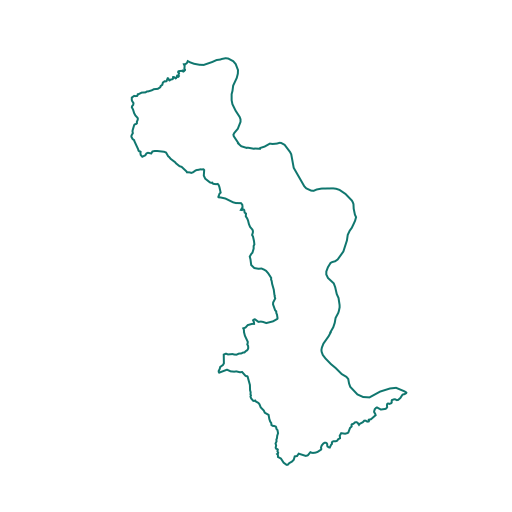 Beltrán, Cundinamarca, Colombia, rotated 141°
{"feature_id": "7082276B10333710753159", "entity_name": "Beltrán", "entity_type": "district", "adm_level": 2, "iso_a3": "COL", "parent_name": "Colombia", "parent_adm1": "Cundinamarca", "projection": "albers", "projection_center": [-74.723, 4.715], "detail": "fine", "context": "isolated", "style": "outline", "palette": "teal", "viewbox_px": 512, "rotation_deg": 141, "n_neighbors": 0, "source": "geoboundaries", "source_scale": "gbopen_adm2", "svg_char_len": 6048}
<svg xmlns="http://www.w3.org/2000/svg" viewBox="0 0 512 512"><g transform="rotate(141 256 256)"><path d="M281.9,404.7L278.6,403.9L276.8,404.6L276.0,404.5L275.0,404.2L272.9,401.6L270.7,402.4L268.7,401.4L266.5,399.6L261.8,394.8L260.8,393.0L261.5,388.7L261.2,387.6L261.2,385.2L259.8,379.6L259.9,378.5L258.9,373.9L257.7,372.1L256.8,365.4L257.0,364.5L254.9,362.7L254.0,361.3L252.3,360.7L249.1,360.5L247.7,360.0L246.9,359.4L244.6,358.3L243.5,357.2L242.4,356.6L242.2,356.1L242.2,355.4L246.0,351.3L246.8,348.0L245.5,342.2L244.7,341.0L243.8,340.5L244.0,339.9L243.8,339.0L241.8,336.9L240.4,336.1L240.4,334.4L241.1,332.5L243.6,327.5L245.1,327.4L248.1,325.6L248.0,325.0L246.6,323.7L243.6,319.9L240.0,312.1L238.3,309.8L234.4,306.5L234.4,304.5L235.7,302.4L238.7,301.3L238.0,300.5L236.8,300.7L236.3,299.8L236.3,299.0L237.5,296.9L237.1,295.3L239.0,293.2L239.2,290.8L239.9,288.5L241.4,285.3L242.3,282.3L242.2,278.7L242.7,277.3L243.8,276.1L245.8,274.8L246.1,273.0L248.2,268.8L250.0,266.0L251.5,265.3L253.2,263.2L256.7,260.8L258.3,260.6L261.2,259.5L262.4,256.9L265.4,252.0L264.9,247.7L262.1,244.5L259.6,242.8L258.3,240.3L257.5,238.1L257.4,234.8L258.0,229.4L259.1,228.2L259.5,226.8L261.0,224.2L263.4,218.6L266.2,214.1L266.4,213.3L267.0,212.8L267.8,210.9L271.9,209.1L273.2,207.7L275.3,201.7L275.1,200.3L276.1,198.9L276.6,197.2L278.4,194.1L279.0,193.7L283.9,194.5L290.2,197.4L292.0,200.3L293.5,202.0L295.6,203.3L296.4,206.5L296.7,207.5L297.1,207.8L298.7,207.9L299.2,205.9L300.2,204.5L301.7,205.7L305.9,207.5L309.2,207.0L311.4,207.8L311.6,206.8L312.5,205.3L313.2,204.5L314.8,201.0L316.4,194.5L317.2,193.6L318.4,192.8L318.7,191.2L319.2,190.4L320.0,189.3L321.1,188.6L322.3,188.3L323.6,188.5L325.7,188.3L326.8,189.1L328.7,189.5L330.7,190.9L333.3,191.6L334.9,193.1L336.0,194.6L339.7,197.1L340.8,199.0L343.1,199.7L348.5,192.8L350.3,192.1L353.6,192.3L355.4,191.0L357.4,190.1L357.9,189.4L358.0,188.5L350.1,185.9L348.3,182.3L345.7,179.8L343.9,178.7L341.6,175.7L339.8,174.6L339.6,169.8L339.3,168.9L338.6,168.3L338.4,167.6L341.9,159.6L345.1,155.4L345.9,153.5L347.4,151.9L347.6,150.9L348.8,150.2L349.4,148.3L349.3,145.2L348.8,144.6L347.6,144.2L347.7,143.1L346.6,140.3L346.6,138.6L347.6,135.4L347.2,131.0L347.8,128.7L346.2,124.6L348.2,121.0L349.2,118.3L349.2,116.8L350.4,114.8L349.7,113.1L349.0,112.7L348.0,111.0L348.1,110.2L348.9,108.9L348.9,107.1L350.4,104.4L352.6,103.0L354.4,101.2L355.7,100.5L356.7,99.0L358.8,98.0L359.5,96.2L361.4,94.6L361.6,93.5L360.9,92.3L360.9,91.8L362.2,90.8L362.6,89.1L363.2,88.8L364.2,88.8L364.1,87.7L365.4,86.0L364.1,82.9L364.6,78.0L363.7,74.5L362.7,73.8L360.4,74.1L357.5,73.6L354.9,73.9L352.0,75.9L350.0,74.7L347.2,75.5L343.2,69.4L341.8,68.7L341.1,68.5L337.2,69.3L336.4,67.8L335.5,67.0L333.6,65.8L331.5,65.0L327.3,64.6L326.7,64.9L326.1,66.2L324.2,67.4L321.6,67.9L320.2,67.7L319.3,67.0L318.9,66.1L319.0,65.1L320.1,63.6L320.3,62.9L319.7,61.2L319.2,60.7L316.5,62.0L315.2,62.2L314.4,63.3L313.5,63.6L312.1,63.1L311.0,62.1L309.8,61.5L309.0,61.4L307.5,61.9L305.4,61.5L304.7,62.4L304.1,63.6L301.3,64.7L298.6,61.8L296.3,60.8L295.4,60.7L291.1,63.2L289.0,63.3L288.0,64.7L287.4,64.9L285.9,64.3L283.7,64.4L282.5,63.6L282.0,62.5L282.2,60.0L281.1,60.3L277.6,59.6L275.5,59.9L274.4,59.0L273.8,57.3L272.6,56.5L272.0,56.7L271.7,57.6L271.4,57.8L269.5,56.8L263.2,57.0L262.6,58.6L262.5,60.1L262.0,60.9L260.1,62.2L258.3,62.4L257.3,62.2L255.6,58.1L251.6,55.7L250.6,55.6L249.2,56.0L248.1,57.7L247.2,58.4L246.2,58.3L245.4,57.1L243.5,56.5L242.8,56.7L241.6,58.2L241.0,58.5L238.8,57.7L238.0,57.0L237.3,55.4L236.1,54.7L233.2,54.8L229.9,55.9L228.8,55.9L227.6,55.2L225.7,54.9L225.2,55.1L225.2,55.8L225.9,57.6L230.1,65.4L235.2,68.7L244.8,72.5L256.8,74.7L261.5,79.0L264.3,84.6L265.1,95.0L263.9,98.4L261.7,102.4L261.8,105.2L263.7,110.3L264.6,118.8L265.8,124.8L266.5,132.6L266.4,137.0L265.3,140.2L264.3,141.8L262.4,143.4L258.7,145.5L249.9,148.0L246.1,149.6L246.2,149.9L240.8,152.0L236.9,154.5L233.1,157.8L227.9,160.0L226.1,161.2L223.3,163.5L221.9,165.3L218.3,171.4L217.2,175.6L214.1,181.9L212.8,185.8L213.9,193.6L213.0,197.4L211.1,199.7L207.2,202.0L202.4,203.7L200.5,203.3L197.8,202.1L194.7,201.9L185.3,204.5L175.5,210.9L171.4,214.7L167.2,216.7L163.9,217.6L160.3,219.3L156.9,221.0L153.8,223.2L153.1,225.9L150.3,231.3L147.6,235.0L147.0,236.7L146.6,238.7L147.4,247.9L149.5,254.8L151.4,257.8L153.5,260.0L162.7,267.2L167.0,269.5L170.2,270.4L172.0,272.1L174.4,277.0L174.6,279.8L171.2,300.8L164.6,312.9L164.1,315.4L163.8,324.4L165.3,328.0L166.4,329.1L169.0,330.2L172.6,332.6L174.5,334.6L180.4,335.6L184.8,337.3L185.4,336.8L189.3,340.3L190.1,340.6L193.8,344.9L194.8,345.8L195.2,345.8L198.4,350.6L199.0,354.5L198.7,354.5L197.9,363.1L197.2,364.5L195.4,365.3L190.1,366.3L183.6,370.0L182.0,372.0L181.2,374.3L180.4,381.8L178.8,388.8L176.9,392.4L173.1,397.1L170.4,399.1L166.5,402.8L158.9,406.5L155.4,409.1L153.0,411.8L151.0,417.9L151.1,421.7L153.3,426.9L155.1,428.8L158.5,430.6L160.2,431.2L163.3,433.1L167.9,434.3L176.4,437.4L179.6,440.2L183.2,444.4L185.3,447.9L186.4,450.4L187.9,449.6L189.0,449.4L190.4,449.7L191.4,450.4L191.6,449.9L191.4,449.1L193.8,446.6L193.9,445.5L194.3,445.1L195.0,445.1L195.6,445.7L195.8,445.0L196.3,445.0L197.4,446.8L199.6,448.2L200.3,448.3L200.9,447.7L200.7,446.7L200.9,446.3L202.6,445.5L202.6,444.4L203.6,444.1L204.2,444.5L204.3,445.5L206.1,444.5L206.7,444.6L207.2,446.8L207.9,447.2L208.7,446.2L209.5,445.9L211.4,446.8L212.7,446.8L212.9,447.3L212.4,449.2L212.8,449.7L215.5,448.2L216.2,448.4L217.0,449.3L219.2,449.4L221.1,448.0L223.1,448.1L224.2,447.4L227.1,447.7L230.4,449.9L232.6,450.3L236.1,451.7L237.2,452.5L238.9,452.7L242.0,454.9L245.5,455.7L246.1,456.1L247.0,455.4L247.7,455.2L249.3,456.3L249.9,457.1L252.8,457.3L254.3,455.5L254.7,454.6L255.0,451.9L256.4,450.7L258.1,450.4L258.9,449.7L259.4,447.2L260.8,443.7L261.3,441.1L261.1,437.9L261.4,437.1L262.2,436.3L264.1,435.3L265.0,434.1L265.8,434.0L267.5,434.6L268.3,434.4L272.7,431.4L273.6,430.5L274.4,429.0L276.9,428.0L277.8,427.1L278.3,424.5L277.8,422.7L278.2,421.9L280.5,412.8L281.0,411.9L280.9,410.9L280.3,410.3L280.1,409.6L281.3,408.4L282.0,407.0L281.9,404.7Z" fill="none" stroke="#0f766e" stroke-width="2"/></g></svg>